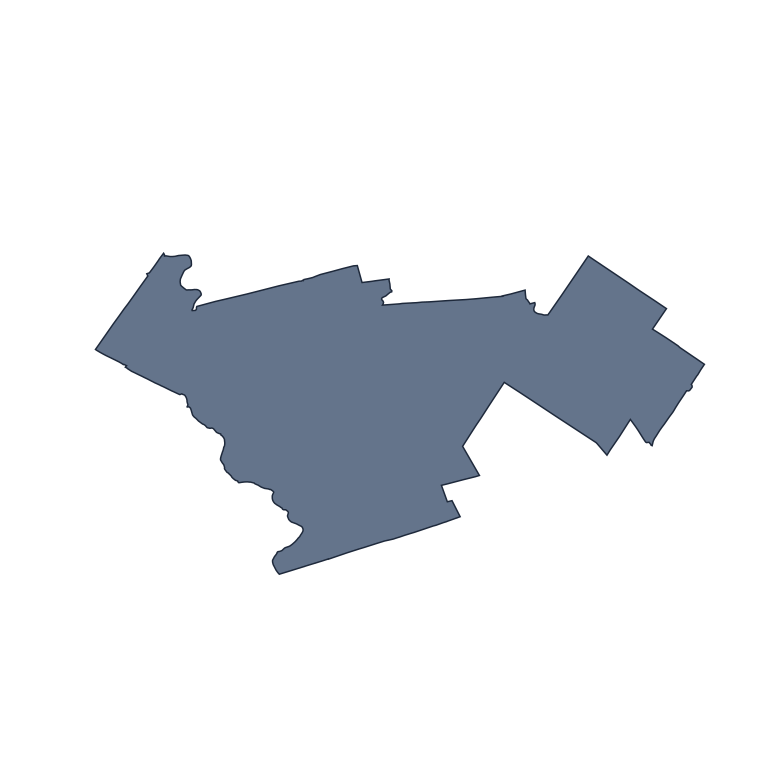 the district of Sarulesti, Calarasi, Romania, rotated 212°
{"feature_id": "2599482B18552862006598", "entity_name": "Sarulesti", "entity_type": "district", "adm_level": 2, "iso_a3": "ROU", "parent_name": "Romania", "parent_adm1": "Calarasi", "projection": "equal_earth", "projection_center": [26.648, 44.417], "detail": "fine", "context": "isolated", "style": "filled", "palette": "slate", "viewbox_px": 768, "rotation_deg": 212, "n_neighbors": 0, "source": "geoboundaries", "source_scale": "gbopen_adm2", "svg_char_len": 6135}
<svg xmlns="http://www.w3.org/2000/svg" viewBox="0 0 768 768"><g transform="rotate(212 384 384)"><path d="M314.1,538.4L322.9,528.9L324.2,527.5L330.3,521.4L329.9,521.2L337.1,515.8L351.6,504.7L359.3,499.0L373.6,488.9L380.1,484.2L389.2,477.6L395.1,473.6L399.5,470.2L411.2,462.0L413.3,460.2L427.1,450.1L427.2,451.6L427.7,453.1L429.2,454.0L430.5,454.3L431.1,454.8L431.3,455.6L431.2,456.4L429.1,459.7L428.1,462.9L427.3,465.2L426.3,466.2L426.7,467.2L429.0,467.9L432.0,471.9L434.8,474.8L435.2,475.6L435.3,475.8L443.3,469.2L446.0,467.0L449.0,464.4L456.4,458.4L469.4,470.3L472.5,468.0L480.2,460.0L487.5,452.1L496.0,443.1L499.4,438.6L500.9,436.5L504.7,432.6L506.0,431.4L507.3,430.1L507.3,428.9L507.9,428.9L508.5,427.6L509.0,427.2L510.6,426.1L517.0,419.7L523.7,413.0L525.2,411.5L537.1,399.0L547.9,387.7L563.4,372.0L570.7,364.7L583.8,350.6L583.6,349.6L582.6,347.8L583.0,346.4L585.6,344.6L586.1,345.1L586.3,347.6L587.5,351.2L587.6,354.8L587.3,357.0L586.9,358.9L586.2,362.3L586.6,363.4L588.1,364.6L589.5,365.3L590.8,365.3L591.8,365.2L592.2,365.1L593.1,364.7L594.8,363.7L595.9,362.8L596.6,362.2L597.9,361.3L599.6,360.3L600.8,359.4L601.6,359.0L604.8,359.3L607.6,359.7L608.9,360.1L609.5,360.9L610.2,361.6L611.2,362.9L612.3,365.2L612.9,369.2L613.4,373.5L613.2,375.2L612.2,377.2L610.6,380.0L610.1,382.1L610.6,383.3L612.7,386.3L614.1,387.5L615.5,388.4L616.9,389.1L617.6,389.2L618.4,389.2L621.0,388.0L622.8,386.7L626.3,384.1L627.9,382.5L628.8,381.6L630.8,380.1L633.0,378.7L636.9,377.1L637.7,376.3L638.0,376.2L638.8,377.4L640.2,378.1L640.5,374.7L640.8,371.4L640.8,369.6L641.2,361.9L641.6,356.9L641.9,353.9L643.6,351.8L641.5,350.4L642.3,338.3L643.0,325.8L643.6,316.3L644.2,310.0L644.7,301.5L645.4,291.5L646.8,264.0L647.0,260.4L645.7,260.3L641.7,260.4L637.8,260.6L635.0,260.8L633.1,261.0L620.5,262.3L618.2,262.4L616.3,262.4L615.3,262.3L615.0,262.8L612.0,263.1L612.3,261.2L610.5,261.3L609.7,261.1L609.1,261.1L604.7,261.0L603.3,261.2L596.6,261.9L593.2,262.3L590.8,262.5L587.4,262.9L582.2,263.3L580.4,263.5L579.5,263.5L577.4,263.8L575.1,264.1L573.6,264.3L572.0,264.4L570.8,264.6L568.2,264.9L565.1,265.2L559.9,265.7L558.8,265.9L553.8,266.5L551.6,266.8L551.4,267.0L551.1,267.3L550.5,268.2L550.3,268.5L548.9,268.6L547.6,268.9L547.0,268.9L546.5,268.7L545.5,268.2L544.7,267.8L543.9,267.2L543.3,266.7L542.2,265.5L541.7,264.7L540.9,263.9L540.1,263.2L539.7,262.9L539.3,262.5L539.1,262.0L539.0,260.9L539.0,260.5L538.9,260.4L538.7,260.2L538.4,260.4L537.9,260.9L537.4,261.2L537.1,261.2L536.2,261.2L535.3,260.9L534.2,260.1L530.4,256.7L529.9,256.3L529.0,255.9L527.4,255.4L525.4,255.2L523.6,254.8L521.7,254.3L516.7,253.9L515.8,254.1L514.6,254.2L513.3,254.0L511.3,253.4L510.9,253.3L510.4,253.4L508.1,254.2L506.9,255.3L506.0,255.6L505.5,255.7L504.9,255.7L501.8,254.7L500.6,254.3L499.9,254.3L499.2,254.4L498.8,254.4L498.5,254.5L497.7,254.6L497.1,254.7L496.5,255.0L496.0,255.1L495.2,254.3L494.0,254.3L492.1,253.7L491.0,253.2L489.9,252.4L489.1,251.3L487.9,249.8L487.2,248.6L486.8,247.7L486.4,246.8L486.4,245.5L485.9,244.2L485.5,243.1L485.3,242.3L485.1,241.5L485.0,240.7L484.7,239.7L484.2,237.6L483.9,236.5L483.4,234.9L483.1,234.1L482.4,233.0L479.3,231.4L477.1,230.6L475.9,229.6L475.6,229.3L475.0,228.8L474.9,228.5L474.7,228.1L474.4,227.7L474.2,227.5L472.7,226.8L470.3,225.9L468.7,226.0L468.2,225.7L467.6,225.7L464.8,225.0L463.5,224.3L461.7,223.9L458.9,223.6L457.6,224.0L456.7,224.2L456.3,223.8L455.1,223.3L454.3,223.7L452.4,225.4L450.4,227.0L450.2,227.1L449.6,227.6L449.3,227.7L449.0,228.0L448.2,228.4L447.9,228.7L446.3,229.4L445.4,230.0L442.3,231.0L441.8,231.2L441.4,231.2L441.1,231.0L440.5,231.0L438.3,231.3L437.3,231.5L433.6,231.5L429.9,232.2L426.3,233.8L425.3,233.9L424.8,234.1L424.2,234.5L421.6,234.3L420.6,234.1L420.2,233.8L420.0,233.0L419.9,232.2L419.9,231.5L419.4,229.7L418.9,229.1L418.6,228.5L417.8,227.4L416.7,226.4L415.9,225.9L414.9,225.4L413.5,224.9L411.9,224.8L411.1,224.7L408.1,224.8L407.2,224.8L406.3,224.7L405.1,224.7L404.7,224.7L403.7,224.1L402.6,224.1L400.8,225.2L399.8,225.2L398.2,225.0L397.3,224.6L396.8,224.0L396.0,221.1L395.4,220.4L392.9,218.6L391.1,218.1L389.4,217.9L384.2,219.0L381.3,219.2L378.6,219.5L377.4,219.2L376.2,218.4L375.5,217.7L375.0,216.8L374.7,215.8L374.6,214.0L374.7,211.2L374.6,209.8L375.0,208.4L375.2,207.1L375.2,206.4L375.8,203.1L376.9,199.4L377.9,196.9L378.6,195.8L380.9,193.0L381.4,192.1L382.3,188.7L383.5,187.0L384.2,186.4L385.1,185.6L385.4,184.5L385.1,183.8L385.1,182.4L385.4,179.5L385.1,175.6L384.9,175.1L384.1,173.9L382.2,172.1L376.8,168.9L374.1,167.8L372.0,167.2L363.5,177.0L352.7,189.6L342.8,201.0L339.1,205.4L338.5,206.2L338.3,206.0L326.1,221.0L317.8,230.8L314.2,234.9L305.8,244.8L300.3,251.2L297.0,254.4L293.8,257.6L291.5,260.4L289.4,262.8L287.4,265.3L286.0,267.0L284.0,269.3L282.2,271.4L279.8,274.1L267.0,289.7L265.1,291.7L260.2,297.9L258.1,300.3L257.1,301.7L249.1,311.8L264.5,321.1L267.9,317.7L281.6,328.5L277.3,332.9L266.1,344.8L257.4,353.8L255.9,355.5L254.6,357.0L284.3,372.8L284.1,391.9L284.0,398.2L283.7,406.3L283.6,412.9L283.5,421.0L282.9,449.1L264.4,448.8L251.8,448.5L220.9,447.7L173.1,446.7L171.8,446.4L157.2,441.8L157.2,448.3L156.5,464.3L156.3,484.5L147.4,480.9L143.2,479.0L135.4,475.2L132.3,473.8L131.3,473.4L130.4,473.4L128.3,475.0L125.9,474.2L125.0,473.6L123.9,473.8L125.3,477.9L125.6,479.8L125.6,480.1L125.7,480.9L125.6,484.3L125.6,485.6L125.6,487.1L125.6,490.5L125.4,494.3L125.1,497.7L125.0,498.9L124.6,507.3L124.1,513.1L124.1,515.3L124.2,518.3L124.2,524.0L123.9,532.9L123.8,538.6L122.0,539.6L121.4,540.5L121.0,544.5L121.5,545.4L122.2,546.1L123.2,546.5L123.0,556.7L122.8,558.0L122.9,564.1L122.7,570.5L152.4,571.7L154.9,572.2L169.7,572.7L185.4,572.8L184.4,597.6L198.9,598.1L218.0,598.6L228.9,599.1L240.3,599.5L271.0,600.5L278.6,600.8L279.4,579.3L280.4,553.9L281.5,531.6L281.6,531.0L281.6,530.0L281.6,529.4L282.5,528.9L284.5,527.5L285.4,527.1L285.9,527.0L286.8,526.8L287.6,526.5L290.2,525.4L291.7,525.0L292.8,525.0L293.8,525.0L294.4,525.1L295.4,525.5L296.1,526.1L296.6,526.8L297.2,528.1L297.7,530.8L298.0,531.4L298.4,532.1L299.3,532.9L302.7,529.3L302.9,529.5L303.8,529.9L305.5,530.6L306.7,531.2L307.2,531.3L308.5,531.5L308.9,531.7L311.2,534.5L314.1,538.4Z" fill="#64748b" stroke="#1e293b" stroke-width="1.5"/></g></svg>